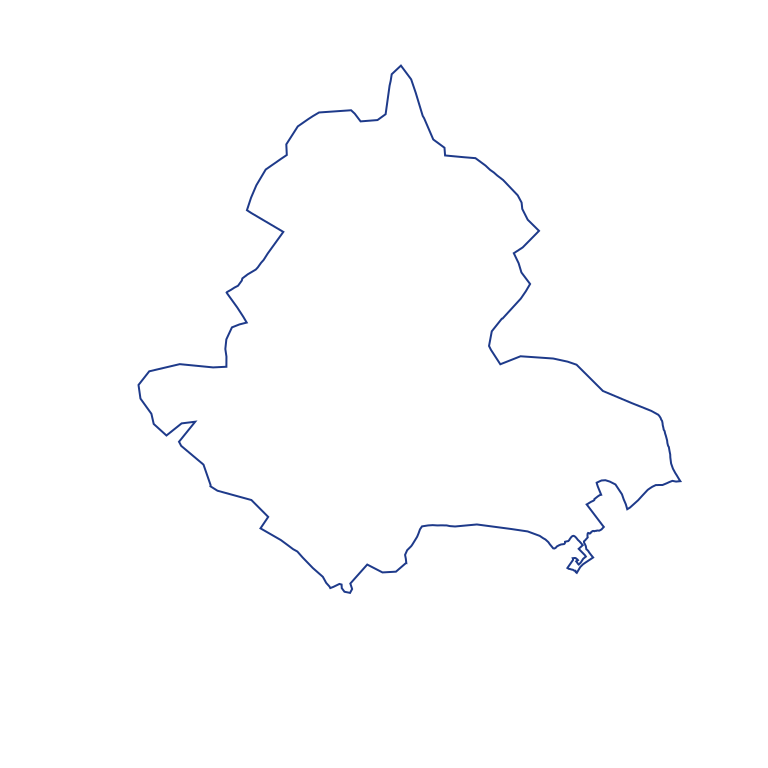 Gezawa, Kano, Nigeria, rotated 237°
{"feature_id": "59680162B10012275275709", "entity_name": "Gezawa", "entity_type": "district", "adm_level": 2, "iso_a3": "NGA", "parent_name": "Nigeria", "parent_adm1": "Kano", "projection": "mercator", "projection_center": [8.662, 12.062], "detail": "fine", "context": "isolated", "style": "outline", "palette": "blue", "viewbox_px": 768, "rotation_deg": 237, "n_neighbors": 0, "source": "geoboundaries", "source_scale": "gbopen_adm2", "svg_char_len": 4306}
<svg xmlns="http://www.w3.org/2000/svg" viewBox="0 0 768 768"><g transform="rotate(237 384 384)"><path d="M141.1,579.6L143.0,579.6L148.5,579.8L150.6,579.8L155.6,580.2L158.5,580.9L161.0,581.5L163.9,582.9L166.6,584.2L168.9,585.6L172.4,587.0L175.4,588.3L176.3,588.6L177.5,588.6L180.1,589.5L182.5,590.7L187.1,592.2L189.4,592.8L191.7,593.7L193.4,593.7L194.7,594.3L197.8,595.4L199.3,596.2L200.5,596.7L201.6,597.1L203.2,597.1L204.9,597.5L205.6,597.5L207.4,597.5L208.5,597.3L208.9,597.3L209.5,596.9L210.3,596.5L215.9,593.5L233.3,581.2L258.9,563.8L295.3,556.0L302.7,550.2L313.2,539.8L332.9,513.6L337.2,492.3L354.4,492.3L358.7,492.8L369.5,503.1L374.6,518.4L374.3,519.0L381.1,545.2L384.5,553.4L388.3,561.0L402.7,560.0L412.0,562.7L423.0,564.1L423.0,574.7L428.0,597.4L443.5,594.0L455.5,595.3L461.2,598.2L469.4,598.9L490.2,595.0L497.2,592.5L501.6,591.3L505.8,589.6L511.9,588.1L523.6,583.7L530.7,574.5L542.4,559.7L549.2,563.4L561.4,558.8L562.3,558.5L585.1,562.4L587.8,562.5L610.9,569.2L624.7,572.7L641.8,571.6L641.1,567.6L639.6,559.2L634.5,554.6L631.2,551.2L609.4,532.3L608.9,522.3L617.0,507.4L626.7,506.7L631.5,505.5L647.1,477.4L647.4,470.3L647.4,464.9L647.0,452.0L638.2,432.6L629.0,427.2L628.9,420.2L628.3,401.6L620.2,385.2L612.6,373.9L604.4,363.7L599.7,365.8L566.4,382.4L556.8,357.6L553.6,350.6L552.6,346.9L550.5,341.6L549.8,338.8L550.2,329.4L549.7,322.7L548.2,321.1L545.9,315.1L546.3,311.1L546.3,307.1L546.6,302.4L546.4,301.8L544.9,301.8L536.4,302.2L528.2,302.6L517.0,302.6L510.3,302.3L512.7,295.2L514.3,287.3L507.3,276.1L499.8,270.0L493.7,267.2L492.8,266.8L484.3,261.2L491.0,249.7L511.9,223.5L522.5,194.0L516.9,177.6L504.4,171.8L485.7,172.7L475.9,169.1L459.3,173.5L461.2,192.8L455.2,205.1L447.2,180.6L446.6,180.6L442.6,180.2L414.7,188.7L393.6,183.5L392.8,182.7L385.2,186.2L358.9,209.6L335.6,214.5L330.2,201.8L309.3,212.5L300.5,215.8L295.0,217.8L290.7,220.1L282.7,221.3L268.4,224.1L255.6,227.7L248.7,227.2L244.3,227.9L244.0,228.0L242.1,227.8L241.4,231.2L240.6,237.7L238.9,239.2L235.8,237.4L231.3,237.7L227.3,241.7L229.4,245.6L235.0,247.1L241.7,271.6L226.8,280.1L220.1,291.8L221.9,305.0L221.7,305.2L225.5,307.1L228.7,308.4L229.2,308.6L229.8,309.5L232.0,312.9L233.2,318.6L233.9,320.3L237.4,327.7L237.9,328.7L239.9,331.6L242.5,335.0L243.9,338.3L241.4,343.9L239.1,348.0L236.2,351.9L234.4,354.9L231.2,359.6L229.0,361.8L225.8,366.0L215.6,385.4L193.2,411.6L182.1,424.2L171.8,431.9L168.2,433.4L165.7,434.7L161.9,435.7L159.2,435.8L156.7,436.1L154.0,436.4L153.2,437.4L153.1,438.8L153.6,440.5L153.4,443.1L153.0,445.1L151.7,447.8L151.8,448.7L152.3,449.4L153.1,449.9L152.6,451.3L152.2,452.3L151.9,453.0L152.2,454.2L152.2,454.3L152.7,455.2L153.2,456.5L153.6,457.6L153.8,458.6L153.8,459.3L153.4,460.3L152.7,460.8L151.7,461.2L150.0,461.5L147.6,461.7L145.7,462.2L143.2,462.6L140.6,462.9L139.7,457.5L130.9,459.3L129.3,459.3L128.9,455.8L127.1,451.8L126.8,450.4L126.5,449.0L127.2,448.8L129.3,448.7L130.6,448.6L130.6,449.1L130.6,449.8L130.6,450.3L130.6,450.7L131.6,450.6L132.5,450.2L133.4,450.0L134.0,449.5L134.4,448.9L134.7,448.2L135.1,447.4L134.6,447.3L134.1,447.1L133.5,446.7L129.8,437.6L128.5,438.2L127.3,439.4L126.2,440.3L125.4,441.2L124.0,441.8L123.5,442.4L123.1,442.4L123.0,442.8L122.7,442.8L122.1,442.6L121.7,442.4L120.6,442.8L123.6,448.9L124.4,452.7L124.5,455.7L124.6,464.9L127.4,464.6L129.8,464.4L131.8,464.3L132.4,464.4L133.4,464.2L133.8,464.2L135.2,463.7L138.2,465.0L138.9,465.0L139.5,465.2L140.5,465.3L141.4,465.3L142.2,465.5L143.1,466.0L143.3,467.3L144.4,471.3L145.4,471.7L146.1,472.1L146.5,472.5L147.2,472.9L147.7,473.5L147.9,474.1L147.1,474.8L146.5,475.1L146.4,475.9L146.9,476.7L146.9,477.4L147.1,478.7L146.7,479.6L146.0,480.1L146.0,480.5L145.8,480.9L145.7,481.2L145.5,481.6L145.3,482.1L145.1,482.3L145.1,482.7L144.8,483.3L143.8,484.6L143.6,486.1L143.6,487.3L144.4,490.5L146.3,490.3L172.6,488.4L172.5,489.2L172.5,491.2L172.4,493.7L172.1,495.7L172.1,496.9L172.3,497.4L172.9,497.8L173.1,500.0L173.3,502.2L173.3,504.4L172.8,505.8L181.7,507.5L184.6,508.3L185.4,508.6L184.9,512.2L184.6,513.9L182.7,517.3L179.2,520.2L173.7,523.4L161.9,523.5L156.7,522.2L151.4,521.3L146.5,519.8L146.4,523.0L148.1,533.8L149.5,539.1L151.2,545.9L151.6,547.6L151.7,550.3L151.7,553.0L151.2,556.9L150.2,558.5L149.2,560.1L147.6,562.6L146.7,567.4L146.4,569.6L145.7,573.1L143.1,575.8L141.1,579.6Z" fill="none" stroke="#1e3a8a" stroke-width="2"/></g></svg>